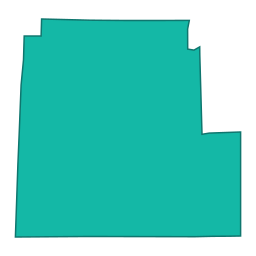 outline of Steuben, New York, United States of America
{"feature_id": "52423323B60397494558599", "entity_name": "Steuben", "entity_type": "district", "adm_level": 2, "iso_a3": "USA", "parent_name": "United States of America", "parent_adm1": "New York", "projection": "equal_earth", "projection_center": [-77.339, 42.29], "detail": "fine", "context": "isolated", "style": "filled", "palette": "teal", "viewbox_px": 256, "rotation_deg": 0, "n_neighbors": 0, "source": "geoboundaries", "source_scale": "gbopen_adm2", "svg_char_len": 464}
<svg xmlns="http://www.w3.org/2000/svg" viewBox="0 0 256 256"><path d="M55.6,236.7L85.6,236.5L99.6,236.5L195.0,236.7L212.5,236.3L228.6,236.2L240.6,236.0L240.6,161.8L240.6,132.0L209.2,133.1L202.0,134.3L199.8,55.2L199.7,46.9L194.0,50.1L187.7,49.1L187.6,29.0L189.3,20.4L160.9,20.5L125.5,20.5L100.0,20.3L89.9,20.2L41.6,19.0L41.1,36.0L24.2,36.0L23.5,59.9L21.1,85.0L19.3,130.9L17.9,164.4L15.4,237.0L55.6,236.7Z" fill="#14b8a6" stroke="#0f766e" stroke-width="1.5"/></svg>